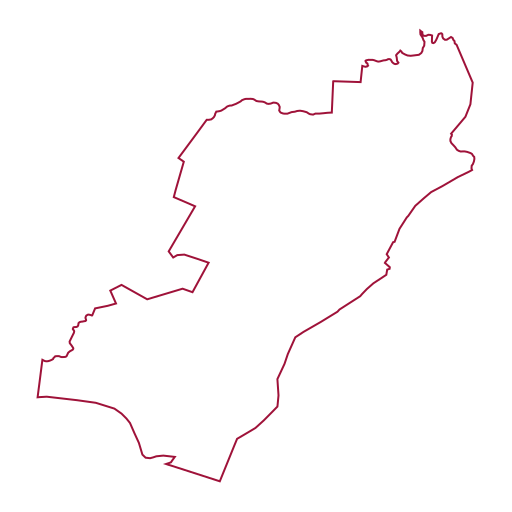 Zarand, Arad, Romania
{"feature_id": "2599482B32759719925344", "entity_name": "Zarand", "entity_type": "district", "adm_level": 2, "iso_a3": "ROU", "parent_name": "Romania", "parent_adm1": "Arad", "projection": "robinson", "projection_center": [21.64, 46.399], "detail": "fine", "context": "isolated", "style": "outline", "palette": "rose", "viewbox_px": 512, "rotation_deg": 0, "n_neighbors": 0, "source": "geoboundaries", "source_scale": "gbopen_adm2", "svg_char_len": 4178}
<svg xmlns="http://www.w3.org/2000/svg" viewBox="0 0 512 512"><path d="M277.4,406.6L277.6,404.9L278.5,395.4L277.4,379.1L284.5,363.9L287.8,354.1L295.3,337.3L303.5,331.9L320.7,322.0L337.5,311.7L339.5,309.5L352.1,301.4L360.2,296.2L362.1,294.0L366.9,289.0L373.4,283.3L386.3,274.8L387.2,269.6L389.6,268.8L389.8,267.2L384.9,262.9L385.4,262.0L388.9,257.5L386.7,254.2L393.1,242.2L394.6,241.8L399.5,228.8L406.8,217.4L408.2,216.0L415.3,205.8L423.9,198.2L431.1,192.1L442.4,186.1L457.8,177.1L469.0,171.7L472.1,170.0L471.6,168.7L471.5,168.3L471.7,165.7L472.9,164.1L473.9,161.5L474.4,158.9L474.2,156.9L473.1,155.8L472.0,154.0L470.6,153.1L467.2,151.9L464.6,151.4L463.1,151.4L460.6,151.5L458.6,150.8L456.9,149.7L455.3,147.3L453.6,145.4L451.4,143.1L450.4,141.0L450.4,139.1L451.0,137.1L451.7,136.1L451.8,135.3L451.9,134.6L451.1,133.7L465.4,116.8L470.4,104.3L472.7,82.6L456.6,44.8L454.8,43.4L454.5,41.1L453.3,39.8L452.6,38.0L451.0,37.0L449.3,38.1L446.8,39.7L445.0,39.8L443.2,38.5L442.4,36.7L442.3,34.2L441.5,33.3L440.8,33.3L438.7,34.1L436.9,38.4L436.1,40.1L434.8,42.3L433.5,43.1L432.4,42.9L431.9,41.8L432.0,37.7L432.1,35.5L430.2,34.9L428.3,34.8L426.0,35.9L423.8,35.8L423.1,35.2L422.5,34.7L422.3,32.1L421.3,31.5L420.3,30.7L420.3,32.6L420.5,34.5L422.5,37.5L423.4,40.0L424.5,41.8L424.2,45.7L423.5,46.9L422.8,48.0L422.4,51.0L421.3,53.0L418.9,54.8L414.1,55.4L410.7,55.8L407.6,55.5L405.1,54.5L402.2,52.9L401.4,51.5L400.3,50.6L399.8,51.4L397.4,53.6L396.1,55.2L396.7,57.5L397.1,60.9L398.4,62.7L397.6,63.6L395.7,64.1L394.5,63.9L393.5,63.3L392.2,62.2L391.5,60.9L390.7,59.6L389.7,59.1L388.2,59.1L386.9,59.8L385.5,60.2L383.5,60.4L379.9,61.4L378.2,61.6L376.7,61.2L374.1,60.2L372.7,59.9L370.9,59.9L368.6,59.8L366.9,60.2L366.2,60.3L365.5,60.9L365.6,61.4L366.3,62.8L367.3,63.3L367.5,63.7L367.7,64.5L367.6,65.2L368.0,65.7L367.2,66.4L365.6,66.8L364.2,66.5L362.3,65.9L360.6,82.1L333.5,81.2L333.2,81.3L332.2,103.9L331.8,112.6L331.0,112.6L327.3,112.8L323.7,113.2L319.3,113.6L315.4,113.6L313.1,114.6L311.5,114.4L310.1,114.2L308.8,113.6L306.7,112.2L303.1,111.2L300.0,110.7L297.1,111.0L294.9,111.7L291.6,112.1L290.0,112.7L287.3,113.7L284.6,113.7L283.1,113.5L280.9,112.7L280.1,112.0L279.2,110.5L279.6,108.2L279.7,106.9L278.8,104.9L277.8,103.7L276.1,102.9L274.6,102.7L273.2,102.6L272.3,103.0L270.6,103.6L268.5,103.9L266.8,103.6L265.1,102.5L263.6,101.9L262.1,101.6L258.7,101.4L256.4,101.0L254.3,99.6L252.9,99.0L250.6,98.8L247.8,98.9L245.8,98.9L244.4,99.2L243.2,99.7L242.1,100.1L240.6,101.4L238.4,102.6L235.7,104.0L234.5,104.4L231.7,105.5L229.7,105.6L227.9,106.2L226.9,106.7L225.2,108.2L223.1,109.5L221.3,110.6L219.7,111.1L217.4,111.5L216.3,111.6L215.8,112.6L215.2,113.8L214.9,115.3L213.9,117.1L212.7,118.3L211.2,119.4L210.0,119.6L208.8,119.8L206.7,119.8L197.1,132.9L178.5,158.0L183.8,161.7L175.6,190.2L173.8,197.1L195.1,206.3L168.7,251.4L173.2,257.5L177.3,255.1L184.3,254.6L197.5,258.9L208.6,262.7L192.5,292.2L182.6,288.7L147.2,299.3L121.5,284.9L110.3,290.6L116.0,303.5L107.8,305.8L95.1,308.4L92.3,315.2L92.0,315.5L91.5,315.4L90.9,315.1L88.8,314.6L87.8,314.7L86.3,315.6L85.9,316.4L85.5,317.4L85.6,318.5L86.0,319.5L86.1,320.3L85.5,321.0L83.7,321.3L82.4,321.6L81.0,321.7L79.5,322.2L78.5,323.2L78.4,324.1L78.2,325.4L77.8,326.1L77.5,326.5L76.3,327.0L74.5,327.1L73.5,327.3L73.1,328.1L72.8,329.0L73.1,329.6L73.9,330.4L74.2,331.2L73.9,332.8L71.9,336.8L69.6,341.5L69.8,343.2L71.8,345.8L72.2,346.5L72.7,347.2L73.2,348.0L73.3,348.7L72.8,349.6L71.7,350.3L70.0,351.2L68.2,352.7L66.6,356.1L65.7,356.8L64.3,357.0L61.8,357.1L60.5,356.8L59.5,356.3L58.6,356.1L57.4,356.1L56.1,356.2L55.2,356.3L54.5,357.1L53.5,358.0L53.0,359.1L51.6,359.9L49.7,360.7L47.9,361.2L46.2,361.3L44.7,361.0L43.4,360.3L42.4,359.8L39.3,384.1L38.5,390.2L38.4,391.0L37.6,397.3L39.8,397.1L43.5,396.9L46.7,396.7L77.1,400.2L95.8,402.8L114.4,408.6L121.5,413.6L123.8,415.9L126.4,418.5L130.0,423.0L134.4,433.1L138.9,442.9L142.4,454.6L145.6,457.7L150.1,458.2L153.1,457.4L156.3,456.3L163.3,455.6L174.8,456.9L172.1,460.6L171.0,462.3L168.6,463.2L167.3,463.6L166.1,464.0L166.7,464.2L168.4,464.8L170.2,465.3L219.8,481.3L234.7,444.6L237.1,438.8L244.3,434.6L255.4,428.0L263.8,420.4L272.7,411.4L276.6,407.4L277.0,407.0L277.4,406.6Z" fill="none" stroke="#9f1239" stroke-width="2"/></svg>